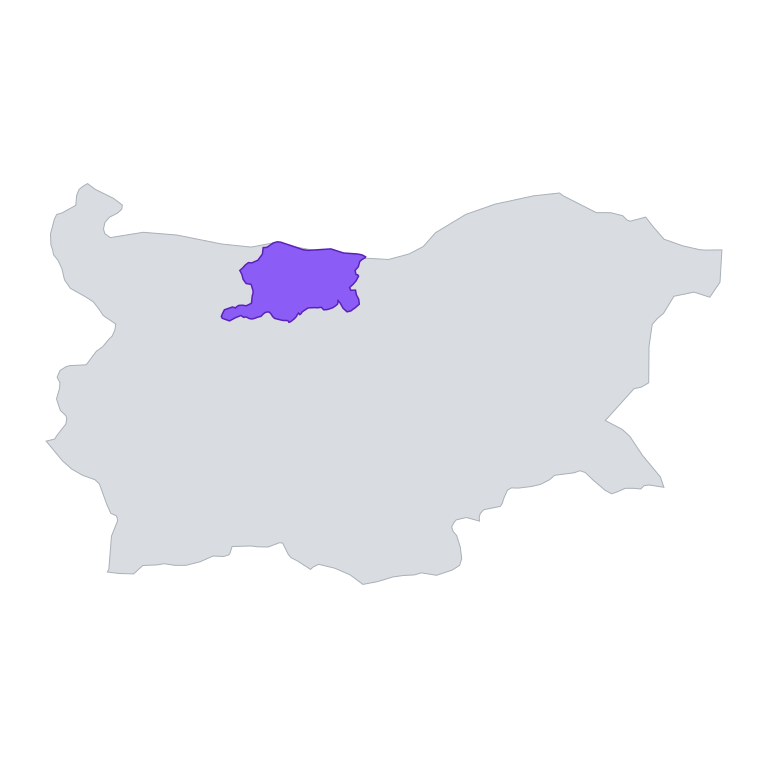 location of Pleven within Bulgaria
{"feature_id": "BGR-2248", "entity_name": "Pleven", "entity_type": "Province", "adm_level": 1, "iso_a3": "BGR", "parent_name": "Bulgaria", "parent_adm1": "", "projection": "robinson", "projection_center": [24.614, 43.502], "detail": "fine", "context": "in_parent", "style": "filled", "palette": "violet", "viewbox_px": 768, "rotation_deg": 0, "n_neighbors": 0, "source": "natural_earth", "source_scale": "10m", "svg_char_len": 3549}
<svg xmlns="http://www.w3.org/2000/svg" viewBox="0 0 768 768"><path d="M663.9,487.3L649.2,485.0L644.0,485.7L640.8,489.0L633.9,488.3L625.4,488.3L616.6,492.1L611.7,493.8L605.1,490.3L592.8,479.8L585.3,472.5L579.8,470.7L574.2,472.8L554.5,475.3L549.8,479.6L540.7,484.3L531.5,486.5L518.3,488.1L511.4,487.9L507.5,490.1L504.3,497.0L502.1,503.7L500.2,506.4L483.7,509.7L480.2,513.6L479.2,517.4L479.5,521.1L466.4,517.5L456.2,519.9L453.8,522.8L451.7,526.9L453.0,531.3L456.7,535.6L460.3,547.2L461.7,558.8L459.6,565.4L452.1,570.1L436.4,575.3L421.3,572.8L414.6,574.9L403.4,575.5L393.1,576.9L377.2,581.7L362.9,584.4L350.0,574.8L334.7,568.2L318.6,564.3L313.0,567.1L310.6,569.4L297.2,560.8L291.2,557.8L288.3,554.5L282.7,543.1L279.4,542.7L268.3,547.0L257.7,546.8L251.2,546.0L232.1,546.5L229.6,554.2L227.2,555.5L223.1,556.5L213.0,556.0L200.0,561.8L186.0,565.3L175.2,565.4L164.0,563.7L157.3,564.9L142.8,565.5L133.6,573.9L119.3,573.5L107.3,572.0L108.8,569.4L111.5,536.0L117.5,521.1L117.3,518.0L116.1,515.7L110.8,513.3L107.1,505.2L99.4,484.0L95.0,479.7L82.6,475.3L71.8,469.1L62.7,461.1L46.1,441.1L54.6,439.1L57.2,435.1L65.8,424.1L66.8,418.7L65.9,415.7L60.3,410.4L56.5,398.9L59.6,388.2L59.9,382.6L57.1,377.2L60.1,370.4L66.2,366.6L70.1,365.6L86.2,364.8L96.4,351.2L102.6,346.8L109.0,339.1L112.0,336.3L114.8,330.3L115.8,324.1L103.2,315.5L98.9,309.0L93.3,301.9L85.7,296.9L70.4,288.4L64.5,279.8L61.9,268.6L57.9,260.2L53.5,254.7L52.7,250.2L50.9,244.7L50.5,233.9L54.3,219.5L56.7,214.4L61.9,213.0L75.8,205.3L76.6,195.5L79.1,189.4L83.5,185.9L87.6,183.6L95.1,189.3L113.4,198.3L122.3,205.0L121.8,209.1L117.6,213.1L109.6,217.1L104.9,222.4L103.5,228.9L104.7,233.5L110.2,237.6L143.2,232.3L176.7,235.0L221.5,244.0L251.3,247.1L273.3,242.9L314.1,250.4L352.1,257.4L388.5,259.5L408.9,254.0L423.2,246.6L435.5,232.7L465.8,214.4L495.2,204.1L533.8,195.8L559.5,193.0L563.2,195.8L596.2,212.6L610.8,212.7L622.7,215.7L627.1,220.1L630.1,221.2L645.7,217.1L652.8,226.3L664.0,239.2L682.6,245.8L699.2,249.6L704.4,250.1L721.9,249.9L720.0,282.2L709.8,297.2L693.9,292.1L673.9,296.3L663.5,313.4L657.5,318.4L652.2,324.4L649.0,346.5L648.7,382.8L641.1,387.2L634.1,388.6L605.3,420.5L622.3,429.5L629.8,436.3L642.4,455.3L660.3,476.8L663.9,487.3Z" fill="#d9dde1" stroke="#a8b0b8" stroke-width="1"/><path d="M277.2,241.8L280.8,242.2L298.3,248.1L303.0,249.7L308.1,250.4L330.9,248.9L343.6,253.0L357.6,254.0L362.1,254.9L365.6,256.8L365.3,257.6L362.4,259.3L359.8,261.4L358.3,266.8L355.1,270.4L356.0,274.5L357.7,274.8L358.6,276.1L356.1,280.8L353.0,284.4L349.6,287.5L350.8,290.3L355.5,290.1L356.4,294.9L358.7,299.2L359.3,304.2L354.8,308.1L352.9,309.3L351.1,310.8L349.1,311.4L347.0,311.8L343.1,308.3L340.3,303.3L338.1,300.6L337.6,304.1L335.6,305.8L332.8,307.7L329.5,308.9L326.5,309.7L323.7,309.8L321.3,307.3L317.3,307.8L314.8,307.6L308.2,307.9L302.4,311.7L300.9,313.8L299.7,314.6L298.5,313.1L297.3,314.6L296.4,316.5L294.3,318.8L290.5,321.8L288.9,322.3L288.5,321.4L287.7,320.6L282.5,320.4L274.6,318.4L272.6,316.5L271.1,314.0L269.2,312.1L267.0,312.0L265.0,312.6L262.8,314.4L261.0,316.4L257.9,317.1L254.8,318.3L252.1,319.0L249.4,318.6L246.0,316.9L243.6,317.4L241.0,315.5L235.3,317.8L229.5,320.9L222.3,318.3L221.3,316.5L222.4,313.8L224.4,309.8L232.4,307.0L234.0,307.4L235.5,308.0L236.7,306.6L238.8,305.4L242.5,305.2L246.2,305.8L251.4,303.3L252.3,295.6L253.1,293.0L253.0,290.7L251.1,284.4L246.1,283.5L243.1,279.3L241.9,274.5L239.8,270.4L242.5,268.1L245.4,264.9L248.4,262.6L251.8,262.9L257.9,260.2L262.4,254.1L263.2,247.6L265.5,247.5L267.4,247.0L273.4,242.9L277.2,241.8Z" fill="#8b5cf6" stroke="#5b21b6" stroke-width="1.5"/></svg>